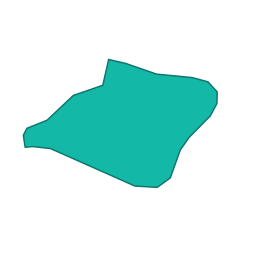 the border of Wirral, rotated 141°
{"feature_id": "GBR-2108", "entity_name": "Wirral", "entity_type": "Metropolitan Borough", "adm_level": 1, "iso_a3": "GBR", "parent_name": "United Kingdom", "parent_adm1": "", "projection": "equal_earth", "projection_center": [-3.057, 53.361], "detail": "fine", "context": "isolated", "style": "filled", "palette": "teal", "viewbox_px": 256, "rotation_deg": 141, "n_neighbors": 0, "source": "natural_earth", "source_scale": "10m", "svg_char_len": 429}
<svg xmlns="http://www.w3.org/2000/svg" viewBox="0 0 256 256"><g transform="rotate(141 128 128)"><path d="M99.9,193.4L89.1,179.5L72.0,152.0L46.4,126.8L36.8,113.5L36.0,99.8L43.6,91.0L56.6,85.6L86.7,82.2L101.2,78.0L126.6,62.6L142.7,63.5L159.2,78.6L201.2,160.8L213.8,173.6L220.0,177.7L218.7,180.1L213.9,188.2L206.8,191.4L186.0,185.0L150.0,187.7L120.7,177.1L99.9,193.4Z" fill="#14b8a6" stroke="#0f766e" stroke-width="1.5"/></g></svg>